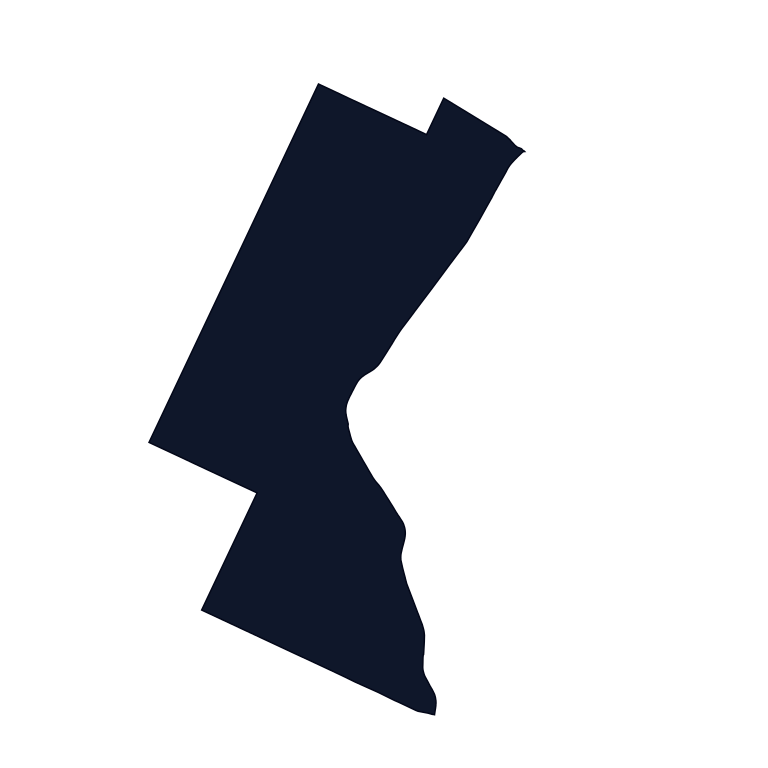 outline of 15 Mayu, Al Qahirah, Egypt, rotated 206°
{"feature_id": "37247803B58448533869188", "entity_name": "15 Mayu", "entity_type": "district", "adm_level": 2, "iso_a3": "EGY", "parent_name": "Egypt", "parent_adm1": "Al Qahirah", "projection": "equal_earth", "projection_center": [31.348, 29.853], "detail": "fine", "context": "isolated", "style": "filled", "palette": "ink", "viewbox_px": 768, "rotation_deg": 206, "n_neighbors": 0, "source": "geoboundaries", "source_scale": "gbopen_adm2", "svg_char_len": 5883}
<svg xmlns="http://www.w3.org/2000/svg" viewBox="0 0 768 768"><g transform="rotate(206 384 384)"><path d="M455.6,667.1L455.1,626.8L472.1,626.6L489.2,626.3L506.2,626.0L523.2,625.7L540.3,625.4L557.3,625.2L574.4,624.9L572.2,447.2L569.6,228.5L552.5,228.8L535.5,229.1L518.4,229.3L501.4,229.6L484.3,229.9L467.3,230.2L450.3,230.5L448.8,100.9L346.7,102.6L315.6,103.2L294.1,103.5L279.0,103.5L269.5,103.8L253.8,104.3L235.7,104.2L231.2,104.4L223.6,104.5L212.3,104.6L209.9,104.8L200.0,107.5L195.9,108.2L194.1,108.8L193.6,108.9L194.0,110.1L194.1,110.4L194.5,111.7L194.9,112.9L195.1,113.6L195.6,115.3L196.0,116.4L196.3,117.4L196.9,118.7L197.3,119.8L197.7,120.6L198.3,121.7L198.7,122.4L199.3,123.2L199.7,123.8L200.0,124.3L200.4,124.8L201.4,126.0L202.1,126.7L202.5,127.2L202.9,127.5L203.3,127.8L203.9,128.3L205.3,129.4L206.4,130.2L206.5,130.3L207.5,131.0L208.4,131.5L208.6,131.7L209.3,132.2L210.3,132.8L213.6,135.3L216.3,137.2L218.8,139.0L219.7,139.7L221.1,141.1L223.1,143.4L224.1,144.8L225.0,146.4L226.4,149.5L229.0,155.1L230.0,157.7L229.9,157.9L229.8,158.1L230.6,160.1L231.2,161.5L232.6,164.8L234.8,170.0L237.5,175.9L238.5,177.5L239.8,179.5L241.1,181.1L244.2,184.6L247.5,187.6L252.3,192.2L253.6,193.3L253.9,193.6L254.4,194.1L256.1,195.7L264.8,203.9L276.1,214.5L279.2,218.1L280.4,219.6L282.6,222.1L286.6,226.8L288.1,228.7L291.6,233.1L291.8,233.4L292.4,234.6L292.8,235.3L293.3,236.4L293.9,237.8L294.4,239.3L294.9,241.5L295.6,244.4L296.5,249.1L296.9,251.0L297.3,252.8L297.6,254.1L298.0,255.4L298.3,256.4L298.7,257.4L299.1,258.5L299.5,259.3L300.0,260.3L300.5,261.1L300.9,261.8L301.6,262.8L302.2,263.6L302.8,264.3L303.5,265.1L303.9,265.4L304.4,266.0L305.1,266.7L306.1,267.5L307.0,268.2L308.5,269.1L310.2,270.1L311.9,271.2L313.4,272.0L314.2,272.4L315.0,273.0L316.6,273.9L318.9,275.4L320.4,276.4L322.7,277.9L325.8,279.8L329.4,282.1L331.6,283.4L335.3,285.7L337.1,286.9L339.9,288.5L341.4,289.4L342.9,290.1L344.4,290.9L345.9,291.5L347.5,292.2L348.9,292.8L350.6,293.7L353.1,295.1L355.6,296.8L357.9,298.3L360.3,299.9L363.5,302.1L366.5,304.1L369.4,306.0L372.1,307.9L374.5,309.5L376.7,311.0L379.4,312.8L381.3,314.1L383.0,315.3L384.3,316.1L386.2,317.4L387.9,318.8L389.0,319.9L390.0,321.0L391.3,322.4L392.8,324.2L394.2,325.8L396.3,328.2L397.0,329.1L397.9,330.4L398.6,332.3L399.8,333.8L400.9,335.1L401.8,336.2L402.5,337.1L403.2,337.9L403.7,338.6L404.2,339.2L404.5,339.8L404.9,340.2L405.2,340.7L405.5,341.1L405.7,341.4L405.9,341.8L406.1,342.2L406.3,342.5L406.5,342.8L406.7,343.2L406.8,343.5L407.0,343.9L407.1,344.2L407.3,344.6L407.4,345.0L407.6,345.4L407.7,345.8L407.9,346.3L408.0,346.7L408.1,347.1L408.3,347.6L408.4,348.0L408.5,348.4L408.6,348.8L408.7,349.3L408.8,349.7L408.8,350.2L408.9,350.6L409.0,351.1L409.0,351.5L409.1,352.0L409.1,352.5L409.2,353.0L409.2,353.6L409.2,354.1L409.2,354.7L409.2,355.4L409.3,356.0L409.3,356.7L409.3,357.4L409.3,358.2L409.3,358.7L409.3,359.0L409.2,359.9L409.2,360.3L409.2,360.8L409.2,361.8L409.2,362.8L409.2,364.0L409.1,365.2L409.1,366.5L409.1,367.9L409.0,371.0L408.9,372.1L408.9,372.5L408.8,373.1L408.8,373.9L408.7,374.6L408.6,375.2L408.5,375.7L408.4,376.2L408.4,376.3L408.3,376.6L408.3,376.8L408.2,377.0L408.1,377.3L408.1,377.6L408.0,377.9L407.9,378.2L407.8,378.5L407.7,378.6L407.7,378.8L407.6,379.0L407.5,379.3L407.4,379.5L407.3,379.8L407.2,380.1L407.1,380.3L407.0,380.6L406.9,380.8L406.7,381.1L406.6,381.4L406.4,381.6L406.3,381.9L406.2,382.2L406.1,382.4L406.0,382.5L405.9,382.6L405.9,382.8L405.7,383.1L405.6,383.3L405.4,383.7L405.2,384.0L405.0,384.3L404.8,384.6L404.6,384.9L404.5,385.2L404.3,385.4L404.1,385.7L403.9,386.0L403.7,386.3L403.6,386.6L403.4,386.9L403.2,387.1L403.0,387.4L402.9,387.5L402.6,388.0L402.3,388.5L402.1,388.7L401.9,389.1L401.8,389.3L401.6,389.5L401.5,389.8L401.3,390.0L401.2,390.2L401.1,390.4L401.0,390.5L400.9,390.6L400.8,390.8L400.7,391.0L400.4,391.5L400.2,391.9L400.1,392.1L399.9,392.3L399.8,392.5L399.7,392.8L399.5,393.1L399.4,393.3L399.4,393.5L399.3,393.8L399.1,394.1L399.0,394.4L398.9,394.7L398.7,395.1L398.7,395.3L398.5,395.8L398.3,396.1L398.2,396.4L398.1,396.7L398.0,397.0L397.9,397.3L397.8,397.6L397.7,397.8L397.7,398.1L397.6,398.3L397.5,398.6L397.5,398.8L397.4,399.0L397.4,399.3L397.3,399.5L397.2,399.8L397.2,400.0L397.1,400.6L397.0,400.9L396.9,401.5L396.8,402.1L396.8,402.5L396.7,403.1L396.7,403.4L396.6,403.7L396.6,404.1L396.5,404.7L396.5,405.0L396.4,405.6L396.3,406.8L396.2,407.1L396.2,407.7L396.1,408.0L396.1,408.3L396.1,408.6L396.0,409.2L396.0,409.3L395.9,410.1L395.9,410.4L395.8,410.6L395.8,411.0L395.7,411.8L395.7,412.1L395.6,412.6L395.6,412.9L395.5,413.5L395.5,413.8L395.5,414.1L395.4,414.4L395.4,414.6L395.3,415.3L395.3,415.6L395.3,415.9L395.2,416.5L395.2,416.8L395.2,417.1L395.1,417.3L395.1,417.6L395.0,418.4L395.0,418.7L394.9,418.9L394.9,419.5L394.8,420.0L394.8,420.3L394.8,420.6L394.7,420.9L394.7,421.3L394.7,421.6L394.6,422.2L394.5,422.6L394.5,422.9L394.5,423.2L394.4,423.5L394.4,423.9L394.4,424.2L394.3,424.9L394.3,425.5L394.2,426.3L394.1,427.2L394.1,428.3L393.9,429.6L393.7,431.5L393.0,437.3L392.4,441.2L390.8,449.3L388.5,461.2L388.3,462.5L385.6,476.4L385.1,478.9L382.7,491.2L379.8,506.7L377.2,520.8L376.6,523.7L375.6,529.0L374.2,536.2L373.6,539.0L372.7,543.7L372.2,546.4L371.9,548.2L371.8,549.8L371.3,557.6L370.1,575.1L370.0,577.2L369.5,587.0L368.9,597.2L368.8,597.9L368.8,600.5L368.7,603.9L368.7,605.8L368.4,608.3L368.4,609.8L368.3,611.1L368.1,614.5L367.9,618.6L367.5,624.8L367.3,628.3L367.3,629.8L367.3,630.1L367.2,632.5L366.8,635.6L366.2,638.3L364.9,642.7L363.4,647.1L361.3,652.8L360.6,653.9L360.5,654.0L360.2,654.2L359.5,654.6L360.3,654.9L361.5,654.9L361.9,655.0L362.4,655.2L363.0,655.5L363.8,655.7L364.9,655.6L365.0,655.6L366.1,655.5L367.4,655.3L368.0,655.3L368.7,655.4L369.9,655.7L370.6,655.8L371.2,656.0L372.9,656.7L376.3,658.0L377.7,658.7L377.9,658.8L379.1,659.1L380.2,659.4L380.9,659.7L381.4,659.8L382.1,660.1L382.8,660.2L383.5,660.3L407.8,662.6L455.6,667.1Z" fill="#0f172a" stroke="#020617" stroke-width="1.5"/></g></svg>